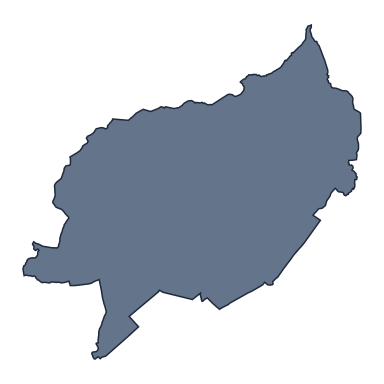 Gherta Mica, Satu Mare, Romania
{"feature_id": "2599482B13722871342029", "entity_name": "Gherta Mica", "entity_type": "district", "adm_level": 2, "iso_a3": "ROU", "parent_name": "Romania", "parent_adm1": "Satu Mare", "projection": "orthographic", "projection_center": [23.217, 47.934], "detail": "fine", "context": "isolated", "style": "filled", "palette": "slate", "viewbox_px": 384, "rotation_deg": 0, "n_neighbors": 0, "source": "geoboundaries", "source_scale": "gbopen_adm2", "svg_char_len": 5836}
<svg xmlns="http://www.w3.org/2000/svg" viewBox="0 0 384 384"><path d="M311.3,25.0L307.8,26.3L307.0,28.2L306.3,29.2L306.1,29.8L306.3,31.7L306.0,33.6L305.7,38.7L305.2,39.9L302.6,43.2L301.9,44.6L297.6,48.3L297.1,49.0L295.3,50.6L294.5,51.9L293.2,52.3L293.0,52.9L292.4,52.6L291.4,53.1L291.3,53.4L291.5,55.1L291.4,55.4L289.7,56.4L288.7,58.2L287.6,59.1L287.0,60.0L286.5,60.2L286.3,60.7L286.1,60.7L285.6,60.3L284.9,60.6L283.9,62.7L282.7,64.6L281.8,65.7L281.4,66.7L280.5,67.3L280.1,67.9L278.8,68.5L277.5,69.5L276.7,69.7L275.6,70.7L273.7,71.5L271.5,73.3L268.7,74.0L267.8,74.7L266.6,74.8L266.4,74.9L266.3,75.7L265.9,76.0L264.3,75.9L261.4,76.5L261.0,76.3L260.2,76.2L259.1,75.1L258.8,75.0L257.5,75.6L256.0,74.4L254.9,74.6L253.7,74.3L252.7,74.8L251.7,74.7L250.3,74.9L248.8,74.8L247.4,76.5L246.8,76.5L246.1,77.3L246.1,77.9L245.1,78.9L243.6,79.2L242.1,80.4L241.8,80.9L240.7,81.4L240.4,81.8L240.3,82.2L241.7,83.3L242.5,83.7L242.7,84.8L244.0,86.7L244.1,87.3L244.0,88.9L243.7,90.6L243.3,91.2L242.5,91.8L241.5,93.4L240.3,94.4L238.2,95.5L236.0,96.3L235.1,96.4L234.6,96.3L232.1,94.6L231.4,94.6L230.0,94.2L227.9,94.5L211.8,104.9L210.5,104.5L208.8,104.9L206.9,104.5L204.6,103.0L203.3,103.4L202.2,102.3L200.0,103.0L198.9,102.7L198.1,102.8L197.2,102.5L196.4,102.7L195.6,102.4L195.1,103.0L193.0,101.3L191.6,100.6L188.9,100.8L187.6,101.2L184.9,102.8L184.0,103.4L182.4,105.2L178.7,107.8L177.2,107.8L175.6,108.3L173.7,108.5L165.6,106.8L164.1,108.0L163.7,107.4L162.7,107.3L161.4,106.7L160.1,107.2L158.9,108.2L150.7,111.5L143.1,109.3L136.1,113.3L132.8,116.6L130.4,118.5L128.4,120.3L112.6,119.0L112.3,120.4L111.7,120.9L111.5,121.5L109.7,123.1L109.4,123.7L108.9,124.5L107.5,125.7L107.7,127.1L107.6,127.9L106.5,128.3L105.6,129.0L105.3,128.9L103.9,128.0L101.1,127.6L96.2,128.8L93.7,132.6L91.2,134.6L87.4,136.4L86.4,138.3L87.7,140.4L88.0,141.7L86.9,143.4L85.3,144.2L82.9,145.8L82.1,147.6L80.1,150.6L76.7,153.0L69.9,157.0L70.4,158.5L70.5,163.2L70.0,164.6L69.9,165.2L66.0,165.8L64.6,167.6L64.2,168.5L64.0,170.6L61.2,178.5L56.5,182.3L55.2,184.0L54.5,185.4L55.2,195.4L54.0,199.1L52.9,201.2L52.8,202.4L53.1,203.1L55.2,205.9L56.2,207.3L61.5,209.4L62.6,210.3L63.7,211.5L65.2,213.6L67.6,216.2L68.0,216.4L68.6,217.2L68.7,217.8L68.7,218.2L66.7,220.9L65.3,223.4L64.3,224.4L64.0,226.1L63.1,228.0L61.8,232.5L61.3,233.3L60.9,234.3L60.9,235.2L60.3,236.6L59.9,238.7L59.9,240.4L59.5,242.7L58.7,244.7L58.5,246.4L57.4,247.9L52.1,247.8L43.1,246.3L41.9,245.9L39.6,244.5L35.2,243.0L34.2,242.1L33.6,241.8L32.5,244.3L33.9,246.3L34.0,247.0L33.8,248.6L33.9,249.2L35.5,250.5L35.9,250.4L36.9,249.3L38.2,249.2L38.5,249.4L38.4,250.1L38.7,250.1L38.9,250.6L38.0,251.5L37.8,252.1L37.6,254.9L37.4,255.5L35.4,257.8L34.9,258.0L32.8,257.8L31.1,258.0L28.6,258.7L27.3,259.9L27.0,260.4L26.6,262.1L25.7,263.1L25.4,264.5L24.5,265.7L23.7,265.9L23.5,267.2L23.1,268.1L23.0,269.2L24.1,275.7L26.7,275.1L28.8,275.8L30.2,275.7L31.1,275.9L32.2,276.5L34.1,276.0L35.0,276.2L35.4,276.6L35.7,277.8L36.7,278.6L37.3,279.8L38.5,280.0L40.5,281.7L41.9,282.6L45.4,282.3L49.2,283.0L52.0,281.9L56.1,282.4L59.4,282.2L60.3,282.7L61.5,282.9L64.9,282.4L69.0,281.2L70.2,285.5L71.4,285.6L75.8,285.5L88.6,283.9L91.1,283.3L94.9,281.2L99.2,279.6L101.4,290.4L102.4,297.1L104.1,304.1L105.0,306.6L106.2,311.4L106.2,312.1L105.7,313.9L104.5,315.8L102.9,320.6L102.1,322.2L102.0,322.8L102.0,323.4L101.1,326.1L99.5,328.9L98.8,332.0L98.7,335.3L98.2,339.1L98.1,341.2L98.2,342.9L96.4,343.1L96.1,343.8L97.8,346.8L98.3,348.4L98.1,349.4L97.4,350.6L96.2,351.6L92.8,352.1L92.1,352.6L91.9,352.9L91.9,353.9L93.1,357.1L94.1,358.8L94.9,359.0L95.2,359.0L97.9,356.8L98.6,357.1L99.9,358.5L100.3,358.7L101.6,357.3L105.9,356.0L126.3,338.0L138.6,326.8L129.1,316.4L158.1,292.1L158.4,291.4L158.7,291.5L159.5,290.2L163.0,292.3L192.4,299.5L200.5,293.1L200.3,295.0L200.5,295.9L200.9,296.9L201.6,300.4L202.1,301.4L202.8,301.2L204.6,299.5L207.3,297.9L212.8,303.5L219.5,309.3L221.7,307.9L228.7,304.3L229.4,303.4L248.2,292.8L252.0,291.1L262.6,284.9L264.7,282.3L267.7,284.8L270.3,285.1L272.6,284.6L273.1,283.9L272.7,282.6L272.8,281.6L276.6,277.8L277.5,277.5L283.7,268.5L291.1,258.8L293.8,254.9L296.0,252.4L295.7,252.5L301.5,246.2L304.2,242.9L320.4,220.3L313.1,215.3L313.5,214.6L318.8,208.7L322.0,208.3L325.4,205.6L326.7,200.9L329.7,196.6L330.2,195.6L330.6,193.9L331.9,192.0L335.3,188.3L338.3,191.7L342.9,192.4L343.6,193.4L343.9,194.6L344.7,195.3L345.3,195.6L345.8,195.7L347.8,194.2L348.3,194.2L348.2,193.7L348.4,193.4L349.3,192.6L351.4,191.3L351.6,191.0L351.5,190.4L352.6,188.4L353.0,188.4L353.0,189.2L353.3,189.3L354.0,188.5L354.8,186.8L354.7,185.8L354.9,184.1L354.5,182.6L354.8,181.6L354.7,180.3L354.8,179.6L355.1,179.3L355.7,179.6L356.7,179.5L356.7,178.2L357.2,177.3L357.1,177.0L356.3,176.0L356.1,175.3L356.0,173.4L355.7,173.2L355.3,173.1L354.9,172.4L354.1,171.4L352.0,170.2L352.0,169.8L352.7,168.8L353.1,168.1L352.9,166.8L352.7,166.1L352.3,165.7L351.4,165.0L350.9,165.3L350.1,165.3L348.8,164.5L349.1,164.0L349.1,163.4L348.4,162.5L348.6,162.0L348.8,160.4L353.0,160.2L356.5,159.6L356.7,156.8L356.9,156.3L357.0,154.8L356.4,153.1L356.5,152.6L358.0,150.5L358.5,148.6L358.5,143.9L357.5,140.4L357.2,137.8L357.4,137.3L358.2,136.2L360.5,133.7L360.8,133.2L361.0,128.1L360.5,113.4L360.4,113.1L358.9,111.9L354.9,109.7L353.9,108.7L353.7,108.0L353.6,106.5L352.6,102.7L352.9,98.7L352.8,97.9L352.2,96.6L351.4,95.6L348.4,92.6L347.9,91.7L346.5,90.9L342.6,90.7L340.8,90.2L340.2,89.7L336.3,88.3L335.1,88.1L332.8,88.0L332.3,87.5L331.7,87.4L331.1,86.5L330.8,85.4L330.8,84.1L330.5,83.7L329.4,83.0L328.9,82.9L328.3,82.2L328.5,81.4L328.4,81.0L327.4,79.9L327.2,79.3L327.4,78.5L328.5,77.6L328.6,76.7L328.6,75.7L327.6,75.8L327.4,75.4L327.4,74.5L327.0,74.2L327.8,72.9L327.8,70.4L324.7,60.4L319.2,46.0L317.0,43.0L317.1,42.1L316.9,41.7L316.6,41.4L314.8,41.4L313.8,39.5L311.6,36.4L311.5,35.1L310.1,30.5L310.3,29.2L310.8,28.4L311.3,27.1L311.3,25.0Z" fill="#64748b" stroke="#1e293b" stroke-width="1.5"/></svg>